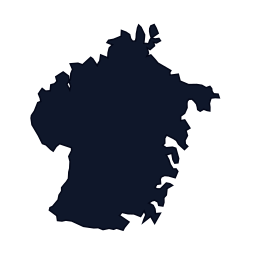 the district of Tuparendi, Rio Grande do Sul, Brazil, rotated 82°
{"feature_id": "56859067B53312005117926", "entity_name": "Tuparendi", "entity_type": "district", "adm_level": 2, "iso_a3": "BRA", "parent_name": "Brazil", "parent_adm1": "Rio Grande do Sul", "projection": "mercator", "projection_center": [-54.564, -27.693], "detail": "fine", "context": "isolated", "style": "filled", "palette": "ink", "viewbox_px": 256, "rotation_deg": 82, "n_neighbors": 0, "source": "geoboundaries", "source_scale": "gbopen_adm2", "svg_char_len": 2713}
<svg xmlns="http://www.w3.org/2000/svg" viewBox="0 0 256 256"><g transform="rotate(82 128 128)"><path d="M36.2,122.0L38.2,130.0L38.4,135.0L40.5,136.9L43.4,131.7L46.1,135.4L50.9,137.3L55.7,138.2L51.8,144.9L57.7,146.6L59.8,148.5L61.9,149.8L54.6,153.3L52.8,155.1L59.1,164.2L56.9,168.5L56.4,176.3L62.2,174.7L66.1,177.0L71.7,178.2L73.5,179.9L68.3,179.6L63.5,184.4L67.2,192.4L71.8,191.8L74.0,194.6L74.5,198.4L80.3,199.8L80.0,204.6L76.9,207.5L78.9,209.4L81.7,211.9L86.4,210.7L89.6,210.7L90.3,213.8L98.2,218.3L102.1,221.8L104.7,222.6L111.4,222.6L122.9,217.8L131.5,214.9L133.3,211.5L138.3,207.6L140.5,205.3L136.3,201.7L134.0,197.9L139.6,186.7L142.5,186.9L147.9,190.6L153.0,190.0L159.8,191.3L163.3,192.7L169.9,194.0L172.9,196.6L174.9,198.9L177.8,202.0L181.3,202.5L184.8,205.6L189.4,207.2L195.2,213.6L196.0,216.3L198.4,217.3L204.9,210.7L209.8,210.7L210.9,206.3L210.6,202.4L212.2,196.7L219.2,185.8L222.1,175.7L222.5,171.4L225.1,166.9L224.7,160.7L226.3,156.3L225.6,153.3L228.5,147.1L226.1,145.4L221.2,140.1L213.4,148.7L210.7,145.8L212.9,139.9L213.9,134.0L217.4,127.8L212.4,123.6L216.5,122.4L220.3,124.7L223.7,126.4L218.7,117.9L226.2,114.9L216.9,107.8L216.7,112.7L211.9,112.6L208.1,113.9L205.3,117.9L203.5,114.4L203.2,111.7L205.4,108.7L208.9,108.3L210.1,104.3L206.7,102.8L202.0,102.2L199.7,99.4L193.4,97.8L191.0,91.9L189.0,94.3L187.8,97.7L192.8,104.4L192.4,107.4L190.9,109.7L187.8,107.3L187.8,103.5L183.1,103.2L181.1,101.9L180.1,98.4L181.0,94.5L183.8,88.2L177.9,84.7L175.2,86.1L174.9,89.0L169.9,91.2L165.1,92.0L160.0,93.9L159.1,88.1L165.7,87.9L169.3,86.6L169.4,83.4L165.2,82.1L154.7,83.5L153.2,86.6L152.9,92.9L149.9,96.2L148.2,93.7L143.3,93.1L140.3,90.8L144.7,84.4L147.1,81.7L151.0,80.2L157.2,75.1L154.5,71.4L151.8,73.5L148.2,73.3L143.8,70.2L138.5,71.0L136.7,66.7L127.9,70.7L128.1,74.8L123.6,74.2L121.3,69.9L116.2,66.7L112.2,66.3L109.8,65.7L108.0,63.7L108.3,60.6L110.8,58.6L113.8,56.8L117.1,56.4L119.5,56.4L121.4,54.2L119.9,50.4L121.6,47.3L122.5,44.6L118.7,44.0L115.0,44.0L112.5,42.9L109.9,41.6L110.0,37.5L110.8,33.4L107.0,34.1L106.1,38.4L103.4,39.7L100.6,39.7L98.2,41.1L99.0,45.0L96.0,48.9L94.5,53.9L93.5,62.0L88.8,69.9L81.7,70.7L81.7,75.2L81.6,78.8L79.1,79.1L77.1,77.6L67.9,89.3L64.3,91.5L58.8,95.2L59.7,99.4L56.8,97.3L51.3,97.8L53.4,95.2L50.3,90.3L46.8,90.9L47.7,87.9L46.1,83.7L43.6,84.9L43.6,88.8L42.1,92.4L44.0,94.2L47.4,95.9L46.3,100.6L40.4,99.1L38.0,98.6L33.5,100.0L30.1,101.1L27.5,103.1L30.1,104.6L32.5,105.4L35.7,106.5L39.8,107.3L42.8,108.4L42.8,111.4L39.8,113.0L35.7,113.4L32.8,116.7L30.5,120.9L36.2,122.0ZM73.5,179.9L78.5,178.9L82.3,180.4L76.0,182.5L73.5,179.9ZM42.1,92.4L38.4,84.9L32.8,86.3L29.2,87.7L30.1,91.2L32.5,92.6L35.2,93.1L38.4,93.0L42.1,92.4Z" fill="#0f172a" stroke="#020617" stroke-width="1.5"/></g></svg>